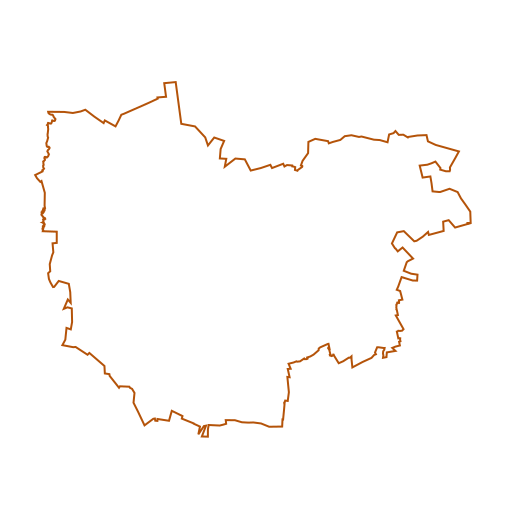 outline of Bojanala, North West, South Africa, rotated 357°
{"feature_id": "47623444B85240549790840", "entity_name": "Bojanala", "entity_type": "district", "adm_level": 2, "iso_a3": "ZAF", "parent_name": "South Africa", "parent_adm1": "North West", "projection": "albers", "projection_center": [27.064, -25.431], "detail": "fine", "context": "isolated", "style": "outline", "palette": "amber", "viewbox_px": 512, "rotation_deg": 357, "n_neighbors": 0, "source": "geoboundaries", "source_scale": "gbopen_adm2", "svg_char_len": 5915}
<svg xmlns="http://www.w3.org/2000/svg" viewBox="0 0 512 512"><g transform="rotate(357 256 256)"><path d="M472.1,234.4L472.3,222.9L467.8,215.6L463.7,209.2L460.7,202.7L452.8,199.0L443.4,201.7L442.3,201.7L435.7,200.7L435.1,192.6L434.3,185.7L426.5,186.4L424.2,174.3L431.9,173.8L436.1,172.6L440.1,171.1L444.8,177.8L444.5,179.4L450.0,181.3L453.8,181.5L454.3,180.2L454.3,177.7L460.2,168.5L464.1,162.2L441.3,154.5L433.7,150.5L432.6,144.2L423.6,144.1L414.0,145.1L413.8,145.5L409.5,142.6L404.9,142.5L401.8,138.5L399.8,140.5L395.3,141.6L393.3,149.3L385.7,146.7L379.8,146.0L367.6,142.2L365.1,142.5L357.6,140.4L350.9,141.0L346.3,144.5L338.8,146.1L334.6,147.3L334.0,145.1L321.3,142.1L314.3,144.8L313.4,156.0L307.5,163.4L305.6,167.9L306.9,168.5L306.9,169.2L306.7,169.5L302.0,172.5L301.8,173.0L299.4,172.1L299.8,169.3L298.0,168.6L296.9,168.4L296.9,167.5L291.7,166.8L289.1,168.1L288.0,165.3L276.6,169.0L275.1,165.7L265.5,168.4L255.2,170.4L249.9,158.9L240.5,157.6L229.5,165.2L231.4,157.4L225.0,156.7L226.3,147.3L230.2,139.4L220.5,135.5L213.8,143.1L211.5,134.9L201.9,123.4L188.3,120.1L184.9,78.1L173.4,78.6L174.5,92.3L165.9,92.5L166.1,93.7L157.0,97.4L131.7,107.0L128.9,107.9L125.9,113.5L122.5,119.2L112.1,112.7L110.8,115.3L101.9,108.4L93.2,101.0L88.4,102.5L80.6,103.6L72.0,102.1L56.0,101.1L56.2,102.3L57.1,103.3L58.1,103.9L59.1,104.2L60.0,104.2L60.4,104.5L60.8,105.1L61.1,106.3L61.8,107.2L62.1,107.8L62.8,108.5L62.9,108.8L62.3,109.8L62.4,110.2L61.9,110.6L60.9,110.5L59.6,109.9L59.4,110.2L59.3,111.2L58.7,112.2L58.6,112.7L58.3,113.0L57.4,113.0L55.8,112.3L55.3,112.2L55.1,112.5L55.2,113.2L55.2,113.4L54.2,114.3L55.0,115.0L55.1,115.4L55.0,116.8L55.1,117.5L55.1,118.6L54.4,122.9L54.2,123.3L54.2,125.7L54.6,126.9L53.3,130.8L52.7,131.8L52.5,132.6L52.7,133.6L52.6,134.0L52.9,135.7L53.5,136.1L54.0,136.2L54.3,136.0L54.7,136.0L55.5,136.9L55.5,137.4L55.2,137.9L54.8,138.5L53.7,139.4L53.1,140.6L54.5,143.5L54.2,143.8L54.1,144.6L53.5,145.7L52.7,146.2L52.3,146.7L52.0,146.7L51.5,146.2L50.9,146.0L50.2,146.0L49.9,146.5L49.8,147.4L50.3,148.1L50.2,149.1L49.8,149.3L49.2,150.1L48.7,150.2L48.4,150.6L48.6,151.5L48.5,152.3L48.7,153.6L48.7,154.0L48.2,154.4L48.1,156.0L48.3,156.6L48.5,156.9L48.9,157.7L47.9,158.6L47.7,159.2L47.1,159.2L47.0,159.5L47.2,160.4L39.7,163.6L41.4,166.9L44.5,170.7L45.7,169.9L48.4,181.8L47.5,194.8L47.8,197.1L47.0,197.3L47.4,197.7L47.4,198.0L46.6,197.6L46.6,197.8L46.3,197.9L46.5,198.3L46.0,198.3L45.7,198.6L45.6,199.1L45.8,199.3L46.5,199.5L46.9,199.9L46.8,200.0L46.6,199.9L46.4,200.3L46.1,200.4L46.3,201.0L45.9,201.5L45.7,201.1L45.8,200.5L45.3,201.0L44.9,200.7L44.8,201.4L44.6,201.3L44.4,201.5L44.9,201.8L44.9,202.2L44.6,202.5L44.5,202.1L44.4,202.0L44.4,202.4L43.9,203.2L43.9,203.6L44.0,203.9L44.7,204.5L44.9,205.2L45.4,205.6L45.6,206.3L45.9,206.3L46.1,206.8L47.1,207.0L47.3,207.5L47.0,207.5L47.0,208.1L46.4,208.0L46.5,208.4L46.0,208.6L45.8,208.2L45.6,208.3L46.0,208.8L45.9,208.9L45.4,209.0L45.6,210.1L45.3,210.3L45.2,210.8L45.1,211.1L44.6,211.3L45.2,211.5L45.6,211.9L46.0,211.9L46.1,212.1L45.5,212.1L45.4,212.3L45.6,212.6L46.0,212.7L46.1,212.9L46.1,213.7L46.3,213.7L46.4,213.3L46.6,213.7L46.0,214.2L46.0,214.7L45.9,215.0L46.0,215.2L45.9,215.5L45.4,215.5L45.3,215.2L44.9,214.9L44.7,215.1L44.8,215.3L45.0,215.5L44.6,216.5L45.1,216.4L44.8,216.8L45.0,217.5L44.7,217.8L44.5,218.3L44.9,219.2L44.5,219.2L44.7,219.7L44.5,220.1L58.3,221.3L57.7,232.5L53.5,232.7L53.8,241.7L52.4,244.7L49.6,253.3L49.7,260.5L47.5,262.3L48.0,268.1L49.3,271.6L51.7,276.4L52.8,276.3L57.7,270.6L67.6,274.0L68.6,282.4L68.5,293.1L65.8,289.6L61.3,298.7L65.0,297.4L69.3,298.7L68.9,312.3L67.2,319.6L63.0,317.9L61.2,329.6L58.0,334.9L68.7,337.5L71.1,337.4L82.6,345.8L84.5,344.1L98.9,357.9L98.9,365.4L103.4,366.3L103.6,368.1L112.3,380.4L113.3,379.0L122.7,379.9L123.2,381.0L125.3,382.2L127.5,386.4L126.0,396.1L130.0,405.2L135.8,419.3L144.9,413.2L146.5,413.0L146.8,415.2L148.9,415.5L149.1,413.6L160.5,416.0L163.8,406.2L174.2,412.0L173.4,414.5L185.0,419.9L185.0,420.2L191.1,423.4L189.1,431.1L195.1,423.1L197.2,422.8L192.5,433.4L198.5,433.9L198.9,426.7L199.9,422.3L210.9,423.4L214.5,422.7L217.4,422.0L217.2,418.3L226.4,418.9L233.2,421.3L239.7,422.0L244.7,422.1L252.3,423.5L260.2,427.2L273.2,427.7L273.9,420.6L274.5,420.7L275.9,411.4L276.8,405.1L276.8,404.6L276.5,404.6L276.5,404.0L276.9,404.0L277.6,401.9L280.1,402.4L281.7,393.8L281.0,378.4L283.2,378.8L281.8,370.5L284.7,370.4L282.9,365.3L288.0,364.3L290.9,363.3L291.5,363.7L294.5,363.5L298.7,360.9L299.0,361.5L301.0,361.6L302.1,361.3L302.2,361.1L301.8,360.0L304.9,359.2L308.3,357.5L313.6,353.4L313.8,351.7L315.3,350.6L323.1,347.6L323.8,347.5L324.5,352.1L323.4,351.4L323.2,351.7L324.2,353.5L325.0,357.3L324.9,358.1L324.5,358.4L324.6,358.7L325.1,359.2L325.3,359.2L325.1,359.4L326.3,359.9L326.7,359.8L327.1,359.5L327.4,359.4L327.5,359.1L328.0,358.8L328.1,358.5L328.4,358.6L328.4,359.0L333.0,367.4L337.5,365.7L343.3,362.4L344.5,362.5L346.1,361.2L346.0,364.4L346.4,372.3L356.9,367.4L366.0,363.8L368.8,361.0L370.6,360.4L369.8,358.6L372.2,353.5L373.8,353.6L378.9,354.6L379.6,354.6L379.2,356.3L378.1,357.7L377.9,358.5L377.7,360.3L378.0,361.8L377.5,364.3L381.0,363.8L381.6,359.1L390.3,358.1L387.3,354.9L390.5,353.8L395.0,352.9L394.4,349.1L395.8,348.7L395.5,346.9L395.7,345.7L394.9,345.5L393.8,345.7L392.7,338.9L393.4,338.8L394.1,338.1L396.1,338.4L398.0,338.2L399.5,336.8L392.5,322.7L394.6,322.4L393.8,317.2L393.4,316.8L393.6,315.7L393.4,315.0L393.7,312.9L393.5,312.3L393.9,311.5L394.6,310.9L394.6,309.9L395.0,309.8L395.8,310.3L396.4,310.3L396.5,309.4L396.4,307.7L399.9,307.2L398.1,298.5L394.8,297.1L396.4,294.0L400.3,284.7L411.3,288.7L415.6,289.0L416.3,283.1L410.0,281.8L402.8,278.5L406.2,270.1L407.3,269.2L412.7,266.8L402.8,255.2L397.8,258.8L395.7,255.8L395.2,255.6L392.4,250.6L398.2,239.8L404.9,238.9L414.8,249.6L417.2,249.2L423.6,245.4L429.1,241.0L429.7,244.0L444.7,240.8L444.7,231.5L450.3,230.3L456.3,238.0L468.6,235.2L468.8,234.1L470.2,234.2L470.2,234.9L472.1,234.4Z" fill="none" stroke="#b45309" stroke-width="2"/></g></svg>